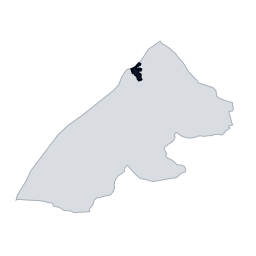 St. Paul River, Montserrado, Liberia shown in context, rotated 96°
{"feature_id": "62588387B63326242332262", "entity_name": "St. Paul River", "entity_type": "district", "adm_level": 2, "iso_a3": "LBR", "parent_name": "Liberia", "parent_adm1": "Montserrado", "projection": "robinson", "projection_center": [-10.782, 6.5], "detail": "fine", "context": "in_parent", "style": "filled", "palette": "ink", "viewbox_px": 256, "rotation_deg": 96, "n_neighbors": 0, "source": "geoboundaries", "source_scale": "gbopen_adm2", "svg_char_len": 4497}
<svg xmlns="http://www.w3.org/2000/svg" viewBox="0 0 256 256"><g transform="rotate(96 128 128)"><path d="M38.2,105.1L40.5,102.9L43.9,95.8L48.7,88.9L53.1,84.9L56.6,80.7L60.4,77.5L65.7,73.8L73.9,63.9L75.8,62.8L77.1,56.0L79.1,47.3L81.5,44.6L87.0,43.0L88.3,41.5L90.3,35.4L91.6,28.3L91.7,26.8L93.9,26.6L97.6,25.1L99.8,25.8L100.7,27.8L101.2,29.5L112.6,25.1L113.5,24.2L114.1,24.3L115.6,28.3L116.4,28.1L117.1,26.9L117.8,26.8L118.7,27.4L119.6,29.2L121.1,30.9L123.5,32.1L125.1,33.7L124.9,38.0L125.5,42.1L126.6,43.1L127.1,45.5L127.4,48.3L128.0,49.7L128.4,52.4L128.2,55.4L128.7,57.5L130.5,61.0L131.6,65.5L131.6,68.7L131.0,72.1L129.8,75.2L127.7,78.5L127.5,79.8L128.7,80.7L130.6,80.9L132.2,80.2L136.2,81.7L138.3,83.9L140.2,86.6L141.9,88.0L142.6,89.7L145.5,89.3L148.8,87.6L149.4,86.8L150.4,87.2L152.6,87.4L154.1,84.4L155.3,81.0L157.8,77.3L159.1,75.9L159.4,73.5L159.5,70.4L160.5,67.8L162.6,66.3L164.9,66.3L166.1,66.9L166.8,69.4L168.6,71.4L170.2,72.7L171.0,73.3L172.3,74.8L173.6,80.0L178.5,96.8L178.2,101.4L177.3,104.4L177.3,107.4L176.9,110.3L173.9,115.1L165.1,124.9L165.8,125.7L167.9,126.8L170.1,127.4L171.8,127.1L174.0,129.6L176.4,132.6L179.0,134.2L182.6,135.6L185.8,135.8L188.5,135.2L192.3,135.9L196.4,138.4L197.8,142.6L198.8,146.3L200.2,148.1L200.4,151.3L203.3,154.1L207.5,154.6L212.8,157.9L214.2,157.7L214.7,157.3L215.4,157.9L216.8,167.3L217.8,172.3L217.3,174.4L216.6,175.9L216.5,183.6L214.1,187.9L213.7,192.7L213.0,194.3L210.5,195.6L210.5,199.3L209.8,203.8L209.5,208.5L210.2,220.9L210.4,230.1L211.5,231.8L206.5,231.1L191.7,224.0L180.3,220.0L142.1,196.9L131.5,187.7L119.2,173.9L92.0,146.2L85.8,141.7L78.0,139.6L73.1,137.2L69.7,134.7L67.0,127.0L60.2,122.4L47.6,115.9L38.2,105.1Z" fill="#d9dde1" stroke="#a8b0b8" stroke-width="1"/><path d="M77.9,123.9L78.0,123.9L78.2,123.7L78.4,123.5L78.7,123.4L78.8,123.2L79.0,122.8L79.0,122.7L79.4,122.7L79.6,122.6L79.7,122.3L79.7,122.2L79.8,122.0L79.9,121.9L79.7,121.6L79.4,121.3L79.3,121.2L79.3,120.8L79.2,120.7L79.0,120.4L79.1,120.2L78.9,119.9L78.8,119.7L78.6,119.7L78.4,119.5L78.3,119.4L78.2,119.5L78.0,119.9L77.7,120.0L77.3,120.2L77.0,120.3L76.7,120.4L76.5,120.5L76.4,120.5L76.0,120.6L75.9,120.6L75.7,120.7L75.3,120.8L75.2,120.7L74.9,120.7L74.7,120.7L74.4,120.7L74.0,120.6L73.8,120.7L73.6,120.7L73.5,120.8L73.1,120.9L73.0,121.0L72.9,121.2L72.9,121.3L72.8,121.5L72.7,121.8L72.7,122.0L72.9,122.1L72.4,122.5L72.2,122.8L71.7,123.3L71.2,123.8L71.0,124.0L70.9,124.0L70.3,124.1L70.0,124.0L69.9,124.0L69.8,123.9L69.7,123.8L69.4,123.2L69.7,122.9L69.7,123.0L69.7,122.9L69.8,122.9L70.1,122.8L70.1,122.7L70.0,122.4L69.9,122.2L69.9,121.9L69.9,121.7L69.9,121.4L69.9,121.2L69.7,121.1L69.3,121.0L69.0,120.9L68.9,120.9L68.7,120.8L68.6,120.7L68.4,120.7L68.1,120.8L67.9,120.8L67.8,121.1L67.8,121.5L67.7,121.6L67.6,121.8L67.4,121.8L67.2,121.8L67.3,121.8L67.3,122.0L67.4,122.3L67.4,122.5L67.5,122.7L67.5,122.8L67.5,123.1L67.5,123.4L67.5,123.5L67.5,123.9L67.9,124.0L68.0,124.0L68.3,124.1L68.5,124.2L68.7,124.3L68.7,124.5L68.8,124.6L68.8,124.9L68.7,125.0L68.7,125.4L68.7,125.5L68.4,125.7L68.2,125.7L67.9,125.7L67.9,125.8L67.7,126.0L67.6,126.3L67.4,126.5L67.4,126.4L67.2,126.4L67.2,126.2L66.9,126.1L66.7,126.0L66.6,126.3L66.5,126.2L66.4,126.2L66.2,126.2L66.1,126.3L65.9,126.3L65.9,126.2L66.0,126.2L65.9,126.1L65.7,126.1L65.6,126.3L65.6,126.2L65.6,125.9L65.5,125.7L65.6,125.4L65.7,125.2L65.8,124.8L65.8,124.5L65.6,124.4L65.4,124.4L65.1,124.2L64.9,124.1L64.8,123.9L64.7,123.8L64.7,123.6L64.6,123.4L64.4,123.2L64.3,122.8L64.3,122.7L64.2,122.6L64.1,122.4L63.6,122.2L63.4,122.2L63.2,122.2L62.9,122.2L62.8,122.3L62.7,122.3L62.5,122.6L62.4,122.9L62.3,123.3L62.3,123.6L62.2,123.7L62.2,124.0L62.3,124.2L62.5,124.3L62.9,124.6L63.2,124.8L63.6,125.1L64.2,125.5L64.3,125.7L65.0,126.1L65.7,126.7L66.2,127.1L66.4,127.3L66.6,127.5L66.9,127.8L67.2,128.2L67.4,128.6L67.5,128.8L67.7,129.0L67.8,129.1L68.2,129.4L68.2,129.5L68.5,129.9L68.5,130.1L68.6,130.4L68.8,130.6L69.0,131.1L69.5,131.0L69.6,130.7L69.8,130.5L70.0,130.5L70.1,130.4L70.5,130.3L71.2,130.2L71.5,130.1L71.6,129.8L71.7,129.7L71.8,129.4L72.0,129.2L72.1,129.3L72.4,129.4L72.4,129.5L72.6,129.4L72.8,129.4L73.0,129.4L73.2,129.2L73.1,128.7L73.1,128.4L73.2,128.2L73.2,127.9L73.3,127.7L73.5,127.4L73.7,127.1L73.9,127.0L74.2,127.0L74.4,126.8L74.5,126.7L74.8,126.5L75.0,126.2L75.2,125.8L75.2,125.5L75.1,125.3L75.0,125.2L74.9,125.1L74.8,124.9L74.9,124.7L75.1,124.6L75.3,124.6L75.5,124.7L75.9,124.7L76.2,124.6L76.3,124.5L76.4,124.3L76.6,124.2L76.9,124.1L77.2,123.9L77.5,123.8L77.9,123.8L77.9,123.9Z" fill="#0f172a" stroke="#020617" stroke-width="1.5"/></g></svg>